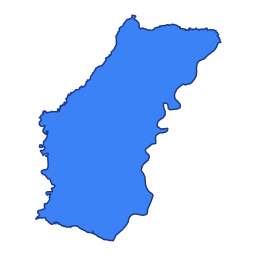 Belalcázar, Caldas, Colombia
{"feature_id": "7082276B3626983095163", "entity_name": "Belalcázar", "entity_type": "district", "adm_level": 2, "iso_a3": "COL", "parent_name": "Colombia", "parent_adm1": "Caldas", "projection": "mercator", "projection_center": [-75.815, 4.994], "detail": "fine", "context": "isolated", "style": "filled", "palette": "blue", "viewbox_px": 256, "rotation_deg": 0, "n_neighbors": 0, "source": "geoboundaries", "source_scale": "gbopen_adm2", "svg_char_len": 5675}
<svg xmlns="http://www.w3.org/2000/svg" viewBox="0 0 256 256"><path d="M174.3,24.5L173.1,24.6L172.2,24.3L171.4,24.4L170.5,25.1L169.7,25.1L169.2,24.9L168.6,25.2L168.0,24.6L166.8,24.8L165.9,25.4L165.2,25.3L164.7,25.7L163.0,25.6L162.1,26.0L160.1,25.9L159.8,26.1L159.8,26.7L159.1,27.2L157.6,27.1L155.6,28.1L154.6,28.1L153.8,29.5L151.3,30.4L149.3,29.9L147.3,30.2L146.4,29.2L145.5,28.9L144.2,29.1L143.5,28.4L142.4,28.1L141.7,28.2L140.3,29.0L139.2,27.6L139.1,24.8L138.5,22.6L136.7,20.7L133.9,18.9L135.6,16.7L135.6,16.1L134.2,15.4L132.0,15.4L131.9,17.3L131.5,18.0L129.7,18.9L127.2,19.5L126.0,20.8L123.9,23.5L123.4,24.3L123.3,25.3L122.5,26.3L120.5,27.1L119.6,28.1L119.2,29.1L119.3,31.1L118.2,31.8L117.9,33.3L117.2,34.2L117.2,34.7L116.2,35.7L116.0,36.3L116.4,39.4L116.3,42.4L116.6,42.9L116.4,44.1L114.2,49.2L113.2,50.4L111.3,51.9L111.2,54.5L110.3,55.2L109.5,54.9L109.2,56.3L108.7,56.4L107.7,57.3L106.1,57.7L105.7,58.8L105.9,60.7L104.5,62.1L103.5,64.1L102.4,64.6L102.3,65.4L101.8,65.9L99.3,66.1L95.9,68.2L95.3,69.6L94.5,70.7L94.2,71.8L93.1,72.7L92.4,74.3L90.9,76.1L90.6,76.9L90.5,78.5L90.2,79.2L88.9,80.3L88.0,79.9L87.5,80.1L87.2,81.1L86.3,81.8L85.8,84.4L84.3,86.4L82.6,86.9L82.2,86.8L81.8,86.2L79.7,87.7L79.6,89.0L79.1,89.4L75.8,89.8L74.3,91.5L72.5,92.7L71.7,92.9L70.9,92.6L70.1,95.0L69.7,95.0L69.0,94.2L68.6,94.2L67.7,96.0L67.5,97.3L66.7,98.0L66.8,98.5L65.9,99.0L66.5,99.9L66.7,102.8L65.7,102.8L64.8,102.2L64.4,102.3L63.9,103.0L65.0,103.9L64.9,104.4L63.9,105.1L62.6,104.5L62.4,105.1L61.9,105.3L61.7,106.1L61.1,106.3L60.6,105.8L59.9,106.6L60.4,107.7L59.8,109.1L57.7,109.1L57.8,109.6L59.1,110.0L59.4,110.7L59.4,111.2L57.7,110.5L57.3,110.8L57.3,111.5L56.3,111.9L55.2,111.5L52.8,111.9L51.9,111.3L51.2,111.9L48.9,112.2L47.3,112.9L46.9,112.3L46.1,112.4L46.0,111.8L45.1,111.1L44.4,111.3L44.0,110.9L43.2,111.6L42.8,112.8L43.6,112.9L43.4,113.8L41.6,115.1L39.5,117.7L40.8,118.5L41.2,119.7L40.9,120.5L39.3,122.4L39.3,124.3L39.5,124.8L41.1,126.2L42.6,126.3L44.3,125.7L44.9,126.0L44.7,127.1L43.5,128.8L42.9,130.9L43.3,132.2L44.8,133.3L45.3,134.1L46.0,134.2L46.4,133.9L46.4,131.6L46.6,131.2L47.7,131.1L47.9,131.8L47.3,133.6L47.0,137.5L45.5,139.3L45.2,140.5L44.1,141.0L43.6,141.6L43.4,144.9L43.2,145.2L42.2,145.4L41.1,144.9L40.1,144.8L39.6,145.5L39.6,146.9L39.8,147.3L41.3,147.4L44.2,146.7L44.9,147.2L44.8,148.6L43.4,150.2L42.4,150.6L41.4,150.3L40.6,150.5L40.6,151.3L41.9,152.9L43.1,155.4L43.6,155.2L44.2,154.3L47.1,153.3L47.8,153.4L48.3,153.9L47.7,155.1L45.8,155.8L46.0,156.3L47.2,156.6L47.8,157.1L48.2,165.8L47.8,167.9L47.3,168.9L46.4,169.5L43.8,169.9L42.0,170.6L41.4,171.3L41.3,172.2L42.9,174.3L44.2,174.6L45.6,175.6L47.9,178.7L49.4,179.0L50.0,179.4L51.7,183.9L52.8,184.8L54.2,184.9L54.7,185.2L54.9,186.2L53.9,187.6L52.0,188.0L51.4,188.6L52.5,190.6L52.4,191.6L47.4,191.8L46.2,192.5L46.1,193.4L46.5,194.3L47.3,195.1L48.3,194.9L49.8,193.8L50.8,194.1L49.3,197.4L49.7,199.9L47.0,203.5L46.5,203.8L44.8,203.6L44.5,203.8L44.3,206.1L44.9,208.0L44.7,208.8L44.2,209.1L42.9,209.2L41.3,210.0L38.8,210.5L37.9,211.2L37.6,211.7L37.8,212.9L39.4,214.4L39.6,214.9L39.3,215.6L37.6,216.8L35.4,219.3L39.1,217.9L40.1,218.1L40.9,217.5L41.9,218.0L44.5,217.5L45.4,218.1L46.2,220.2L47.5,220.7L48.5,222.1L51.5,224.3L52.8,224.1L54.2,222.6L54.5,222.7L54.7,223.6L55.0,223.7L55.6,222.2L56.1,222.1L56.9,223.4L57.4,222.4L58.0,222.5L58.5,223.0L59.0,224.2L60.4,224.4L61.8,225.8L63.1,225.6L64.0,226.5L64.9,226.1L65.6,226.7L67.1,227.1L67.9,227.1L69.4,226.6L70.7,227.3L71.3,226.3L71.8,226.4L72.4,226.0L73.2,226.1L75.0,225.7L76.1,226.1L77.3,225.8L79.6,228.0L81.0,228.9L82.4,229.3L83.9,230.3L84.9,230.6L87.6,232.4L90.0,232.5L91.3,232.9L92.2,232.5L92.4,232.8L92.8,231.8L92.9,232.1L92.7,232.6L93.3,232.9L93.7,233.9L95.9,234.7L97.2,235.6L97.4,236.1L98.2,236.3L99.2,237.3L101.3,237.7L103.5,239.4L105.4,239.7L106.6,239.6L109.1,240.4L113.3,240.6L116.0,235.1L122.6,229.5L126.6,224.6L128.0,222.4L129.1,217.7L131.4,215.0L134.0,214.1L136.0,214.0L142.9,215.3L145.7,214.7L146.9,213.8L147.4,212.1L147.7,209.0L151.1,201.2L153.0,195.5L152.6,194.5L151.8,193.6L149.1,191.7L148.1,190.5L146.3,187.3L145.5,184.4L144.8,176.7L143.4,173.6L141.5,171.2L141.2,170.0L142.1,166.7L142.8,165.2L143.6,164.1L148.1,160.2L149.3,157.1L149.0,155.4L148.6,154.8L146.4,152.7L145.7,151.5L145.3,150.3L145.6,149.2L152.0,144.1L155.7,143.4L155.7,140.1L155.4,137.5L156.1,135.6L157.6,134.2L160.3,132.8L162.8,132.8L165.9,132.0L167.2,130.8L167.7,129.5L167.8,128.9L167.4,128.4L160.9,129.0L157.9,126.9L157.1,125.2L157.2,123.6L158.3,121.2L160.3,119.4L162.9,117.9L165.1,115.0L165.2,114.5L165.1,111.3L163.7,107.8L163.4,103.6L164.4,103.1L165.7,103.1L166.8,103.4L167.4,104.0L168.1,105.5L168.2,108.1L169.2,109.4L169.9,109.7L176.3,109.1L178.4,108.6L179.6,108.0L180.1,107.3L180.4,105.7L180.0,104.3L178.2,101.9L175.3,99.2L174.6,97.0L174.5,94.2L176.9,89.0L181.0,85.5L183.4,84.1L185.3,84.9L187.6,84.1L190.2,83.7L192.4,81.8L194.9,78.5L196.2,75.7L196.6,72.0L196.5,67.5L196.7,65.8L197.1,63.8L197.9,62.2L199.9,60.5L204.2,58.8L207.9,55.1L213.5,50.9L214.3,50.2L216.5,47.1L217.6,43.9L218.2,43.0L219.5,42.4L220.6,42.3L219.9,40.7L219.9,39.3L219.2,38.7L219.2,37.6L217.5,36.4L217.5,35.8L218.2,35.3L218.5,34.6L217.8,34.0L217.3,32.5L215.9,31.9L215.9,30.7L214.8,30.5L213.1,29.7L211.6,30.1L210.2,29.6L207.8,30.2L206.9,29.4L207.1,28.4L206.9,28.3L205.4,28.5L204.1,29.4L202.1,29.0L201.1,29.4L200.2,29.3L199.2,30.2L198.5,29.3L197.0,29.4L196.1,28.2L195.2,29.1L193.0,29.4L192.5,29.7L191.9,29.1L191.0,29.1L190.4,28.3L189.5,28.1L188.7,29.0L189.3,29.6L189.4,30.1L188.2,29.9L187.8,30.2L187.2,30.1L187.0,30.3L186.4,29.8L185.5,30.3L185.0,29.1L184.3,29.2L182.3,28.5L180.7,28.9L179.9,27.8L180.2,27.4L179.1,26.5L178.3,26.8L177.5,25.8L175.9,25.0L174.6,24.9L174.3,24.5Z" fill="#3b82f6" stroke="#1e3a8a" stroke-width="1.5"/></svg>